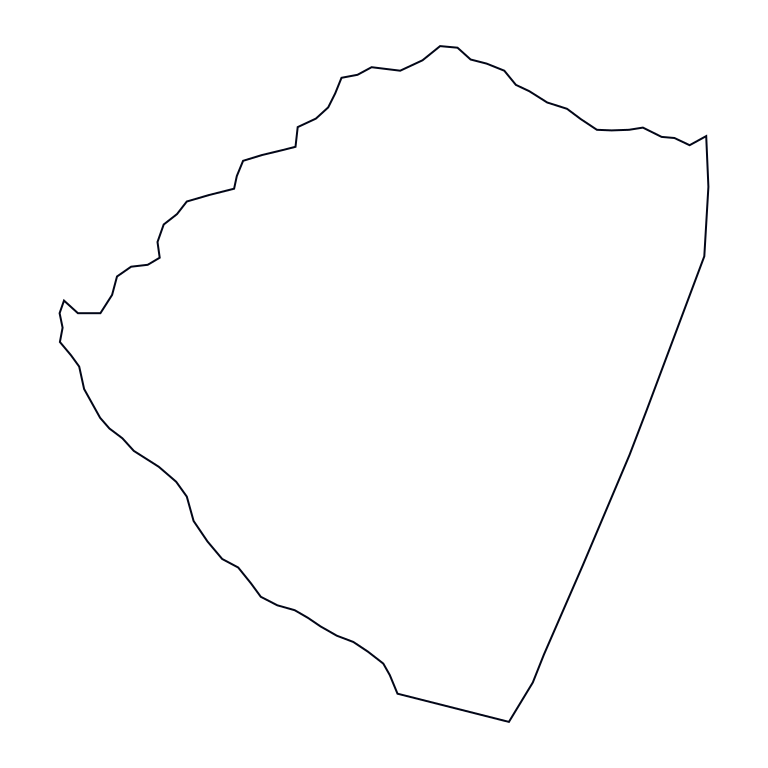 Cubati, Paraíba, Brazil (Mercator projection)
{"feature_id": "56859067B17679769535138", "entity_name": "Cubati", "entity_type": "district", "adm_level": 2, "iso_a3": "BRA", "parent_name": "Brazil", "parent_adm1": "Paraíba", "projection": "mercator", "projection_center": [-36.342, -6.865], "detail": "fine", "context": "isolated", "style": "outline", "palette": "ink", "viewbox_px": 768, "rotation_deg": 0, "n_neighbors": 0, "source": "geoboundaries", "source_scale": "gbopen_adm2", "svg_char_len": 1114}
<svg xmlns="http://www.w3.org/2000/svg" viewBox="0 0 768 768"><path d="M706.2,136.1L689.6,145.2L674.4,138.0L661.6,136.9L642.9,127.6L629.0,129.8L611.6,130.4L596.9,129.8L580.9,119.2L567.0,108.8L547.2,102.5L529.3,91.2L515.9,84.9L504.3,70.7L486.6,63.6L470.6,59.5L457.5,47.7L440.1,46.1L422.5,60.3L400.2,70.7L371.6,67.2L357.5,74.8L341.5,77.8L335.2,93.4L328.2,107.4L315.9,118.6L297.7,127.1L295.5,146.8L282.5,150.1L262.1,155.0L243.1,160.8L236.8,176.1L234.1,188.7L209.1,195.0L186.8,201.5L177.0,214.1L163.7,224.5L157.5,242.0L159.7,257.7L147.7,264.8L131.1,266.7L117.0,276.5L112.1,294.9L100.4,313.2L77.9,313.2L64.0,300.6L59.6,313.2L62.6,327.7L59.9,342.0L71.1,355.4L79.2,366.6L84.1,389.0L100.1,417.8L109.4,428.5L122.4,438.3L133.8,450.9L158.8,466.8L176.2,481.8L186.8,496.6L193.6,521.0L207.5,541.5L222.2,559.0L238.2,567.5L251.0,583.4L260.8,596.8L277.3,605.3L294.7,610.2L308.0,617.9L320.5,626.4L336.8,635.7L353.4,642.0L368.1,651.8L383.3,663.6L389.8,675.1L397.5,693.7L508.9,721.9L532.8,682.5L543.9,654.6L582.8,565.3L629.5,455.0L646.4,410.9L704.3,256.3L708.4,186.8L706.2,136.1Z" fill="none" stroke="#020617" stroke-width="2"/></svg>